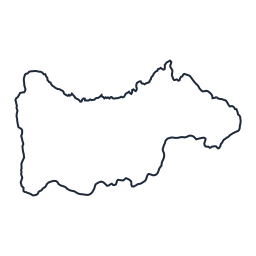 Rubelita, Minas Gerais, Brazil (Equal Earth projection)
{"feature_id": "56859067B88143835159179", "entity_name": "Rubelita", "entity_type": "district", "adm_level": 2, "iso_a3": "BRA", "parent_name": "Brazil", "parent_adm1": "Minas Gerais", "projection": "equal_earth", "projection_center": [-42.213, -16.362], "detail": "fine", "context": "isolated", "style": "outline", "palette": "slate", "viewbox_px": 256, "rotation_deg": 0, "n_neighbors": 0, "source": "geoboundaries", "source_scale": "gbopen_adm2", "svg_char_len": 5177}
<svg xmlns="http://www.w3.org/2000/svg" viewBox="0 0 256 256"><path d="M234.2,107.5L232.6,106.2L231.1,106.1L230.1,106.5L228.8,105.4L227.9,103.6L226.9,102.0L226.1,100.7L224.5,100.1L222.8,99.5L221.7,99.1L219.4,98.9L218.0,98.4L217.0,97.5L215.9,97.3L214.3,98.0L212.5,98.2L212.3,96.2L211.6,94.7L210.4,93.2L209.1,92.2L208.1,91.4L206.9,90.9L205.6,90.9L204.5,91.2L202.6,91.4L201.1,90.3L199.5,88.4L198.4,86.3L197.5,85.2L196.1,83.9L194.8,82.5L193.9,81.3L192.8,79.9L191.9,78.6L191.0,77.4L190.0,76.1L188.8,75.4L187.2,74.9L185.5,74.3L184.2,73.9L183.1,74.7L182.3,76.4L181.1,76.8L180.2,78.1L179.5,80.3L178.4,80.7L176.9,79.4L175.2,79.9L174.0,80.0L173.1,78.7L172.6,77.0L171.9,75.6L172.0,73.6L172.4,71.5L172.2,69.8L171.2,68.4L170.4,67.0L170.2,65.4L170.9,64.0L171.3,61.9L170.0,60.6L168.3,61.6L166.6,62.5L165.7,63.8L164.7,65.1L164.9,67.0L164.7,69.0L163.5,69.7L162.0,68.8L160.6,67.9L159.4,68.8L157.9,69.2L157.4,70.8L155.8,71.5L154.5,72.8L153.6,73.9L153.1,75.4L152.2,76.3L151.2,77.6L150.8,79.5L149.8,80.4L149.4,82.1L147.8,82.7L146.0,83.4L144.5,84.3L143.4,83.6L141.7,83.4L140.7,81.3L139.4,81.5L138.2,82.1L136.8,83.1L136.4,84.5L136.2,86.3L136.8,88.3L136.6,89.9L135.7,91.1L134.6,90.5L133.5,89.4L132.2,89.9L132.1,92.3L131.3,93.9L130.1,93.3L129.0,91.7L127.9,92.6L126.8,93.0L125.5,94.0L124.8,95.6L123.9,96.9L122.4,97.4L121.2,96.7L120.0,97.4L118.9,97.8L117.1,98.2L115.6,98.3L114.3,98.6L112.6,98.2L111.6,97.0L110.4,97.3L109.6,98.5L108.0,97.4L106.8,98.1L105.7,97.3L104.3,98.4L103.4,97.1L102.0,96.6L101.6,95.0L100.0,96.6L98.4,97.8L97.0,98.0L95.9,98.2L94.4,99.7L92.8,99.9L91.4,100.1L90.2,99.4L89.0,100.3L87.8,100.6L86.3,100.4L84.9,100.4L84.8,98.6L83.2,98.5L82.1,99.8L81.5,101.5L80.3,101.7L79.4,100.4L78.0,99.3L76.6,98.7L75.3,98.0L74.7,96.7L73.5,95.5L71.9,93.6L71.0,94.9L69.8,95.7L68.8,94.8L67.8,95.8L66.2,95.1L65.0,94.3L64.0,93.6L63.5,91.8L62.6,90.9L61.3,90.2L59.4,89.2L57.3,88.9L55.9,88.1L54.7,87.4L53.7,86.5L52.5,85.8L51.3,84.4L50.6,82.6L49.1,82.1L48.4,81.0L47.5,80.1L47.4,78.1L46.0,76.1L45.3,74.2L43.7,74.3L42.4,72.6L40.4,71.7L38.7,71.7L37.2,71.2L35.3,71.0L32.9,71.2L31.6,71.3L30.3,71.4L29.0,71.9L28.0,73.2L26.8,73.6L25.7,73.9L24.9,74.9L24.4,76.6L23.8,78.8L23.9,81.1L24.2,83.0L24.3,85.4L24.9,87.4L25.5,89.5L24.9,91.1L24.1,92.3L23.0,92.3L21.8,92.6L20.2,92.9L19.4,94.3L18.7,95.6L17.7,97.1L16.0,98.5L15.4,100.2L16.0,101.8L16.3,103.8L16.9,105.8L16.5,107.6L16.9,109.2L17.5,110.8L17.1,112.3L16.7,113.7L16.6,115.7L16.7,117.3L17.1,118.8L17.2,120.6L17.5,122.6L17.9,124.8L18.4,127.1L19.7,128.0L21.0,128.6L22.1,130.0L22.2,132.1L22.0,133.9L21.2,135.9L21.9,138.3L22.4,140.8L23.1,142.8L23.3,144.4L22.4,146.3L22.6,148.1L22.8,150.1L23.3,152.5L23.8,154.5L23.9,156.1L24.1,157.6L23.1,159.7L22.2,161.7L21.4,163.8L21.5,166.2L21.6,168.4L21.1,170.3L21.5,172.1L21.1,174.2L21.7,175.9L22.3,177.8L21.8,179.2L21.3,180.8L20.7,182.4L21.2,184.1L21.6,185.9L22.6,186.9L23.6,187.9L23.4,189.4L23.6,191.3L25.2,192.1L26.5,192.3L27.7,193.0L29.3,193.4L30.7,194.0L31.8,194.8L32.9,195.4L34.1,195.3L35.5,195.0L36.7,194.7L37.9,193.5L38.7,191.7L40.1,190.9L41.6,190.2L42.5,188.8L43.9,187.7L45.2,187.1L46.1,185.5L47.1,183.8L48.7,182.4L51.0,181.6L52.6,181.1L54.1,180.9L55.8,181.0L57.4,182.0L58.5,183.9L59.9,185.0L61.4,185.7L62.9,186.1L64.4,186.6L65.6,187.2L66.5,188.2L67.7,189.1L68.8,189.7L69.8,190.3L71.4,190.7L72.9,191.0L74.6,191.4L76.2,192.5L77.4,193.2L78.7,193.7L79.9,194.0L81.1,194.2L83.5,194.4L84.9,194.7L86.2,194.8L87.3,194.9L88.5,194.8L90.0,194.2L91.2,193.4L92.3,192.1L93.4,190.3L94.2,188.7L94.7,187.0L95.5,184.5L97.2,183.2L99.1,182.3L100.9,181.6L102.7,182.0L104.0,182.8L105.5,184.2L106.9,185.7L108.7,185.5L110.2,184.4L111.8,183.7L113.0,184.9L114.2,185.1L115.9,184.4L116.7,182.1L117.1,180.7L118.1,179.8L119.4,180.0L120.8,180.2L122.1,180.4L123.4,180.4L124.6,179.3L126.0,178.2L127.8,178.9L129.6,179.9L131.1,181.3L131.3,182.9L131.3,184.7L132.0,186.3L133.5,186.6L134.9,185.9L136.3,185.2L137.4,184.3L138.8,184.0L140.4,183.7L141.7,183.1L143.2,182.1L145.0,180.9L146.0,179.5L146.7,177.3L147.4,175.3L148.5,174.0L149.9,174.2L151.4,174.7L152.5,175.2L153.8,175.3L155.4,175.0L156.8,174.0L157.8,172.7L158.4,171.2L158.8,169.9L159.3,168.6L160.3,167.0L161.4,165.8L161.6,164.0L161.9,162.4L162.5,160.9L163.3,159.3L164.0,157.2L164.2,155.1L163.9,153.0L163.1,151.3L162.7,149.1L163.4,147.0L164.0,145.1L164.9,143.2L165.5,140.8L167.1,139.0L168.3,138.3L169.7,138.0L171.1,137.5L172.9,137.5L174.3,137.8L175.6,137.9L178.0,137.9L179.5,137.4L181.2,137.1L182.7,137.1L184.6,137.4L186.1,137.0L187.2,136.7L188.3,136.1L189.4,135.7L190.7,135.6L192.2,136.0L193.5,136.5L194.8,137.7L196.2,139.3L197.9,138.8L199.8,138.4L201.7,137.9L203.1,137.7L204.3,137.8L205.5,138.6L205.4,140.2L204.8,141.8L204.3,143.3L204.5,145.0L205.6,146.5L206.9,146.7L208.4,146.7L209.8,147.8L211.0,147.4L212.0,146.6L213.6,146.4L215.0,146.2L216.1,146.4L217.0,147.4L218.1,148.4L219.2,148.0L220.3,146.1L220.9,144.0L222.2,142.5L223.2,140.5L224.1,139.6L225.2,138.9L226.4,137.9L228.1,137.0L229.4,135.8L230.3,134.8L231.4,134.3L232.7,133.4L233.9,132.8L235.0,132.2L236.6,131.5L238.1,131.0L239.0,129.9L239.7,128.4L239.8,126.5L240.2,124.4L240.6,122.3L240.6,120.2L240.3,118.5L240.2,117.0L239.4,115.5L238.0,114.4L237.6,112.3L237.0,110.5L236.4,109.2L235.0,109.1L234.2,107.5Z" fill="none" stroke="#1e293b" stroke-width="2"/></svg>